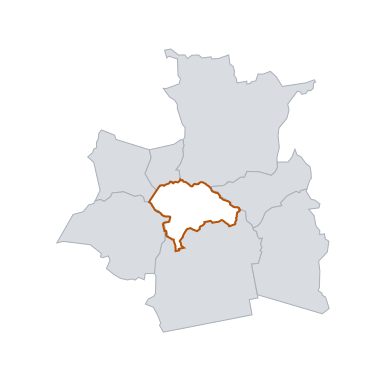 map of South Sudan with Democratic Republic of the Congo, Kenya, Sudan and 4 others greyed out, rotated 169°
{"feature_id": "SSD", "entity_name": "South Sudan", "entity_type": "country or territory", "adm_level": 0, "iso_a3": "SSD", "parent_name": "Africa", "parent_adm1": "", "projection": "albers", "projection_center": [30.346, 7.857], "detail": "fine", "context": "with_neighbors", "style": "outline", "palette": "amber", "viewbox_px": 384, "rotation_deg": 169, "n_neighbors": 7, "source": "natural_earth", "source_scale": "50m", "svg_char_len": 8158}
<svg xmlns="http://www.w3.org/2000/svg" viewBox="0 0 384 384"><g transform="rotate(169 192 192)"><path d="M188.5,260.1L190.5,276.7L189.7,280.7L191.3,285.2L196.0,289.6L200.4,299.2L197.2,298.5L184.0,300.6L181.7,305.5L183.5,308.9L180.9,325.4L188.9,329.7L191.2,328.4L191.8,336.4L185.5,336.4L179.1,329.0L172.8,327.9L171.0,324.0L165.9,326.3L159.3,325.2L156.6,321.7L147.6,321.1L147.1,318.8L140.5,318.0L129.8,319.5L130.4,310.5L127.7,307.6L127.2,302.9L128.5,298.3L126.9,295.3L126.9,290.5L117.0,290.3L117.8,287.5L113.6,287.5L113.1,288.8L108.1,289.0L104.6,295.3L100.1,294.1L92.0,295.5L87.2,288.9L83.2,278.4L59.2,277.4L50.6,278.8L49.6,276.4L51.7,275.7L53.5,270.3L56.5,268.8L58.6,269.7L61.5,266.9L65.9,267.1L66.3,269.3L69.3,270.8L81.2,260.1L81.2,253.6L84.9,246.1L94.2,238.5L95.2,236.1L96.8,230.5L97.8,219.0L102.0,209.9L103.5,199.6L106.7,195.7L111.0,193.2L122.4,199.1L134.1,201.7L137.7,196.4L141.3,197.2L150.1,193.4L153.3,195.1L155.8,194.9L157.0,193.0L160.0,192.3L171.0,193.5L173.6,192.6L178.4,199.2L182.0,200.2L192.2,197.8L194.1,201.2L201.1,206.4L200.6,215.7L203.8,216.8L198.2,221.7L193.4,229.5L193.0,235.9L191.1,238.9L191.0,244.8L188.7,247.0L186.5,256.6L188.5,260.1Z" fill="#d9dde1" stroke="#a8b0b8" stroke-width="1"/><path d="M269.0,270.2L257.2,262.6L256.6,258.1L225.8,241.6L225.6,233.3L234.6,219.0L230.1,205.9L226.2,200.4L236.4,190.3L240.5,191.6L240.6,196.1L243.3,198.7L248.9,198.6L259.0,205.2L270.5,206.3L272.8,203.0L280.0,199.5L283.2,202.1L288.7,201.9L281.9,211.1L282.8,239.9L287.7,246.3L282.1,249.6L280.2,252.9L277.2,253.6L276.2,259.1L273.7,262.3L272.2,267.5L269.0,270.2Z" fill="#d9dde1" stroke="#a8b0b8" stroke-width="1"/><path d="M151.7,168.6L145.8,165.0L143.1,162.7L144.0,153.6L139.6,148.6L138.9,143.2L136.1,140.8L136.1,136.2L134.5,133.1L131.7,133.5L134.7,127.4L133.8,124.1L136.4,121.7L134.9,119.8L140.6,109.2L147.3,109.9L147.5,75.4L156.3,75.5L156.5,60.0L246.8,59.9L249.4,67.5L247.7,68.9L249.0,76.9L251.9,86.2L259.1,90.9L255.3,95.4L249.7,96.8L247.3,99.2L243.5,116.1L244.3,119.3L243.2,126.1L240.1,134.0L235.5,138.0L231.5,147.3L227.8,149.6L225.5,158.0L225.7,165.1L225.6,158.9L224.5,158.8L223.6,152.1L219.6,149.0L218.6,143.2L219.5,137.4L215.9,136.8L215.3,138.6L210.7,139.0L212.5,141.3L213.2,146.1L205.1,156.3L201.0,157.1L194.5,152.4L191.5,154.1L190.7,156.4L186.6,157.9L186.4,159.5L178.6,159.5L177.5,157.9L171.8,157.5L169.0,158.9L166.9,158.2L161.5,151.3L155.9,152.3L151.6,163.1L146.4,165.4L151.7,168.6Z" fill="#d9dde1" stroke="#a8b0b8" stroke-width="1"/><path d="M147.4,78.7L147.3,109.9L140.6,109.2L134.9,119.8L136.4,121.7L133.8,124.1L134.7,127.4L131.7,133.5L134.5,133.1L136.1,136.2L136.1,140.8L138.9,143.2L138.7,145.2L133.8,146.4L129.7,149.6L123.9,158.1L116.4,161.6L106.6,161.6L107.3,164.4L99.7,170.1L89.7,172.9L86.5,170.8L85.0,172.8L78.5,173.2L79.8,171.1L76.5,162.1L73.1,160.7L68.7,155.8L70.5,152.2L80.7,152.8L76.7,145.5L76.8,134.9L73.9,129.7L74.8,126.0L69.9,125.6L70.1,120.5L67.0,117.5L70.7,107.2L80.8,100.1L81.6,89.9L85.1,74.2L86.9,70.9L83.8,68.1L83.8,65.7L81.0,63.5L79.6,51.5L87.4,47.6L147.4,78.7Z" fill="#d9dde1" stroke="#a8b0b8" stroke-width="1"/><path d="M173.6,192.6L171.0,193.5L160.0,192.3L153.3,195.1L150.1,193.4L141.3,197.2L137.7,196.4L134.1,201.7L122.4,199.1L111.0,193.2L106.7,195.7L103.5,199.6L102.6,205.1L92.1,203.1L87.3,207.1L82.8,214.4L81.8,208.4L78.3,205.7L74.9,198.6L71.3,194.3L71.4,188.6L72.3,182.5L74.2,181.1L78.5,173.2L85.0,172.8L86.5,170.8L89.7,172.9L99.7,170.1L107.3,164.4L106.6,161.6L116.4,161.6L123.9,158.1L129.7,149.6L133.8,146.4L138.7,145.2L139.6,148.6L144.0,153.6L143.1,162.7L156.0,171.8L156.0,174.4L164.5,182.1L166.5,186.9L172.4,190.1L173.6,192.6Z" fill="#d9dde1" stroke="#a8b0b8" stroke-width="1"/><path d="M334.4,167.8L313.0,192.6L302.7,193.3L295.8,199.1L290.8,199.4L288.7,201.9L283.2,202.1L280.0,199.5L272.8,203.0L270.5,206.3L259.0,205.2L248.9,198.6L243.3,198.7L240.6,196.1L240.5,191.6L236.4,190.3L231.6,181.7L228.0,179.9L226.6,176.7L222.6,172.9L217.7,172.3L220.4,167.8L224.5,167.6L227.8,149.6L231.5,147.3L235.5,138.0L240.1,134.0L244.3,119.3L253.4,120.8L255.7,114.9L260.5,118.4L265.0,116.4L266.9,118.0L272.2,118.0L279.0,121.0L284.6,126.2L290.6,133.2L285.5,140.6L286.3,145.2L292.5,144.6L294.3,145.9L292.7,148.8L301.8,159.6L327.8,168.1L334.4,167.8Z" fill="#d9dde1" stroke="#a8b0b8" stroke-width="1"/><path d="M225.8,241.6L200.6,242.3L193.0,245.6L191.0,244.8L191.1,238.9L193.0,235.9L193.4,229.5L198.2,221.7L203.8,216.8L200.6,215.7L201.1,206.4L204.3,204.3L209.4,206.0L215.8,204.1L221.4,204.1L226.2,200.4L230.1,205.9L234.6,219.0L225.6,233.3L225.8,241.6Z" fill="#d9dde1" stroke="#a8b0b8" stroke-width="1"/><path d="M226.0,200.7L224.2,202.6L222.8,203.9L222.6,204.1L222.2,204.4L220.9,204.4L219.5,204.3L218.3,203.4L217.0,204.1L216.2,204.3L215.7,204.4L214.6,204.5L213.0,204.8L212.3,205.3L211.9,205.6L211.6,206.3L211.4,206.3L211.1,206.3L210.7,206.0L209.9,205.6L209.5,204.8L209.1,204.4L208.7,204.1L207.4,204.9L206.7,205.1L206.2,205.1L205.2,204.6L204.2,204.2L203.6,204.2L202.8,204.7L201.8,205.5L201.3,206.2L201.1,206.6L200.9,206.3L200.8,205.9L200.5,205.5L200.0,205.4L199.6,205.5L199.1,205.5L198.9,205.3L198.8,204.8L198.7,204.2L198.5,203.9L197.8,203.5L196.0,202.7L194.6,201.1L193.9,200.4L193.4,199.9L192.7,198.7L191.9,197.9L190.9,197.5L190.2,197.7L189.6,198.6L188.3,199.4L187.7,199.4L187.0,199.0L186.0,198.7L184.3,198.5L183.6,198.9L182.7,199.6L182.0,199.9L181.5,200.0L181.0,199.8L180.5,199.7L180.1,199.7L179.2,199.1L178.7,198.7L178.4,198.3L177.9,198.0L177.3,197.7L176.9,197.4L176.7,196.9L176.4,196.3L175.9,195.8L174.6,194.8L174.1,194.2L173.9,193.6L173.3,193.0L172.7,192.2L172.5,191.0L172.5,190.0L172.4,189.6L172.1,189.1L171.8,188.7L171.4,188.3L170.3,187.7L169.1,186.9L168.6,186.5L167.5,186.4L166.9,185.9L166.4,185.0L166.2,184.3L165.6,183.7L165.4,183.3L165.3,182.9L165.7,181.4L165.1,180.9L164.2,180.2L163.6,179.5L163.2,178.8L162.0,178.0L159.5,176.6L158.0,175.8L157.3,175.0L156.6,174.3L156.5,174.0L157.0,173.3L157.0,172.6L156.7,172.0L155.2,170.7L154.0,169.3L153.1,168.9L150.9,168.5L150.2,168.3L149.6,168.0L148.9,167.4L148.7,166.7L149.1,165.5L148.9,165.1L148.5,165.0L148.6,164.8L149.0,164.2L149.7,163.9L151.5,163.3L151.6,163.1L151.7,162.4L151.8,162.0L152.5,161.0L152.6,160.6L152.6,159.7L152.7,159.3L152.9,159.0L153.4,158.5L153.6,158.2L153.6,157.6L153.6,156.3L153.9,155.8L155.0,154.6L155.3,154.1L155.5,153.6L155.4,153.1L155.5,152.6L155.9,152.2L156.2,152.0L157.0,151.9L157.6,152.0L161.6,151.2L162.1,151.3L162.3,151.8L162.3,152.6L162.3,153.0L162.5,153.2L163.2,153.6L163.6,154.2L163.8,154.4L164.5,154.9L167.4,158.4L168.3,158.7L169.1,158.6L170.7,157.9L171.5,157.7L177.2,158.0L177.9,157.9L178.8,159.7L179.2,160.1L185.4,160.1L185.3,159.6L185.4,159.1L186.1,158.3L186.5,158.0L186.6,157.9L187.6,157.3L188.5,157.0L190.3,156.6L191.0,156.0L191.4,155.4L191.4,154.2L191.6,154.1L192.1,153.8L194.1,152.8L194.5,152.6L198.2,154.9L200.3,156.8L200.5,156.9L200.9,156.7L201.0,156.7L201.8,156.7L203.5,156.6L204.1,156.4L207.4,153.0L208.3,151.9L208.5,151.7L209.0,150.9L209.5,149.6L213.3,146.3L213.4,146.1L213.4,145.9L212.9,144.8L212.7,144.3L212.7,143.4L212.8,142.2L212.8,141.3L212.8,141.2L212.7,141.1L210.6,138.8L215.8,138.7L215.8,138.4L215.7,138.1L215.7,137.7L215.7,137.3L215.7,137.2L219.4,137.1L219.4,137.7L218.9,139.2L218.9,140.2L218.8,141.2L218.8,141.3L218.7,141.5L218.5,141.8L218.5,142.0L219.3,147.9L219.3,148.1L219.2,148.2L219.0,148.5L219.0,148.8L220.8,149.4L220.8,149.5L221.5,150.3L225.0,153.1L225.4,154.1L225.5,154.2L225.5,154.4L225.5,154.6L225.4,155.1L225.4,155.4L225.5,155.5L225.5,155.8L225.0,156.9L224.8,157.6L224.8,158.2L224.8,158.6L224.9,158.8L225.0,158.9L226.4,158.9L226.5,158.9L226.5,159.2L226.5,160.9L226.6,162.3L226.7,164.6L226.7,165.2L226.7,165.9L226.5,166.2L226.1,166.7L225.5,167.0L224.2,167.2L223.1,167.1L222.3,167.1L221.3,167.0L220.3,167.1L219.9,167.5L219.4,168.6L218.6,170.3L218.2,171.0L218.1,171.4L218.2,171.7L218.7,172.0L219.9,172.5L221.2,172.8L222.2,172.9L222.8,173.1L223.3,173.2L225.2,174.5L225.8,175.1L226.2,175.6L226.2,176.2L226.5,176.7L227.6,177.9L228.2,178.5L229.8,179.3L230.5,180.3L231.1,180.7L231.7,181.2L232.0,181.9L232.7,184.1L233.2,185.2L233.7,186.1L233.9,187.6L234.3,188.2L234.7,189.0L235.3,189.7L236.0,190.3L234.7,191.9L233.1,193.5L231.2,195.4L229.2,197.5L227.6,199.1L226.0,200.7Z" fill="none" stroke="#b45309" stroke-width="2"/></g></svg>